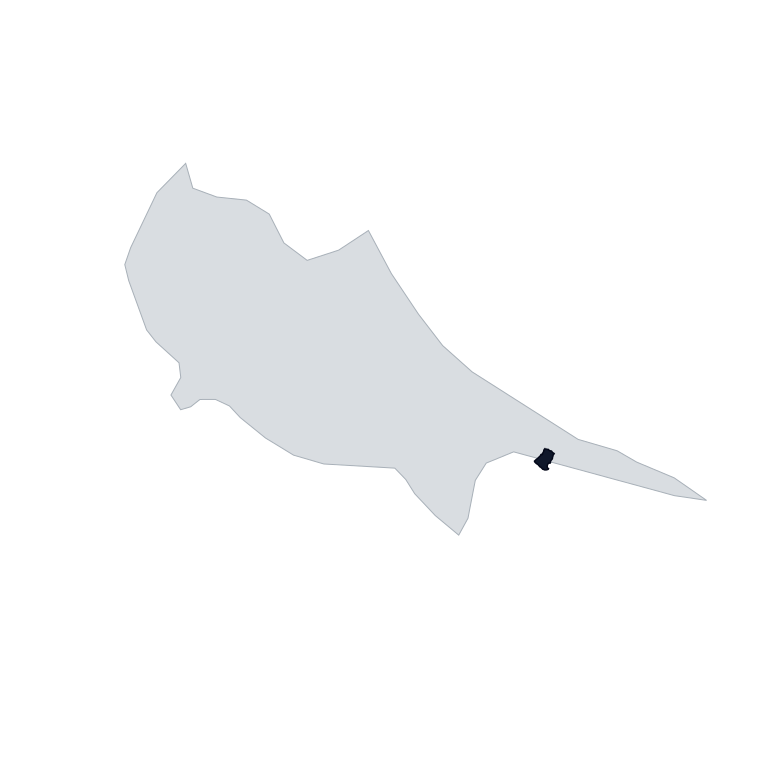 Agios Theodoros Ammochostou, Cyprus shown in context, rotated 50°
{"feature_id": "46923920B90190427209928", "entity_name": "Agios Theodoros Ammochostou", "entity_type": "district", "adm_level": 2, "iso_a3": "CYP", "parent_name": "Cyprus", "parent_adm1": "", "projection": "robinson", "projection_center": [34.038, 35.355], "detail": "fine", "context": "in_parent", "style": "filled", "palette": "ink", "viewbox_px": 768, "rotation_deg": 50, "n_neighbors": 0, "source": "geoboundaries", "source_scale": "gbopen_adm2", "svg_char_len": 1982}
<svg xmlns="http://www.w3.org/2000/svg" viewBox="0 0 768 768"><g transform="rotate(50 384 384)"><path d="M540.8,405.9L547.8,423.9L517.8,429.3L487.8,431.0L471.1,428.7L455.4,429.8L406.6,481.5L380.4,499.0L349.2,509.5L317.4,515.7L301.5,516.5L287.4,523.1L277.5,535.0L277.2,546.7L273.0,556.3L255.5,554.3L248.4,535.5L236.0,527.4L205.1,531.6L190.0,531.1L140.7,513.1L125.9,505.8L116.7,490.4L91.5,435.0L87.5,394.1L111.1,404.6L133.3,391.9L154.7,371.2L180.1,362.7L196.0,366.4L211.6,370.0L239.9,363.4L252.3,332.7L256.4,297.3L304.2,307.4L352.6,312.7L392.3,314.4L431.4,308.7L551.2,270.9L585.1,248.3L606.1,240.7L642.5,222.0L680.5,211.7L656.2,233.3L519.3,328.3L510.3,356.5L516.5,376.0L535.7,399.7L540.8,405.9Z" fill="#d9dde1" stroke="#a8b0b8" stroke-width="1"/><path d="M537.0,302.3L537.1,303.2L537.5,304.2L538.0,304.6L538.4,305.3L538.6,305.7L538.9,306.2L538.9,306.8L539.3,307.8L539.8,307.9L539.8,308.4L539.5,308.7L539.0,308.9L539.0,309.4L539.3,309.8L539.5,310.2L539.5,311.2L539.6,312.1L539.7,313.0L539.7,313.7L539.7,315.0L539.7,315.9L539.7,316.8L539.8,317.6L539.8,318.3L540.4,318.6L541.3,318.6L542.2,318.5L542.9,318.4L543.6,318.2L544.3,317.9L545.1,317.8L546.1,317.8L546.9,317.8L547.7,317.8L548.5,317.4L549.6,317.3L550.5,317.2L551.3,317.2L552.1,316.6L552.9,316.3L553.3,315.9L553.6,315.5L554.1,314.9L554.5,314.2L554.9,313.1L554.6,312.4L553.8,312.6L552.7,312.4L552.0,311.9L551.4,311.3L551.1,310.8L550.7,310.0L550.5,309.3L550.4,308.8L551.0,308.1L551.4,307.5L551.1,306.9L550.7,306.6L550.2,306.1L550.0,305.3L549.8,304.7L549.7,303.9L549.6,303.4L549.2,302.7L548.7,302.3L548.2,301.5L547.8,300.9L547.4,300.5L547.0,299.6L546.8,298.4L546.3,298.4L545.9,298.5L545.4,298.8L545.0,298.9L544.5,298.9L544.0,298.9L543.6,298.8L543.1,298.8L542.7,299.0L542.4,299.4L542.1,299.5L541.8,299.8L541.4,300.0L541.0,300.2L540.5,300.1L540.2,300.1L539.9,300.2L539.5,300.3L539.2,300.7L539.1,301.0L538.9,301.2L538.7,301.2L538.2,301.5L538.1,302.0L537.5,302.3L537.0,302.3Z" fill="#0f172a" stroke="#020617" stroke-width="1.5"/></g></svg>